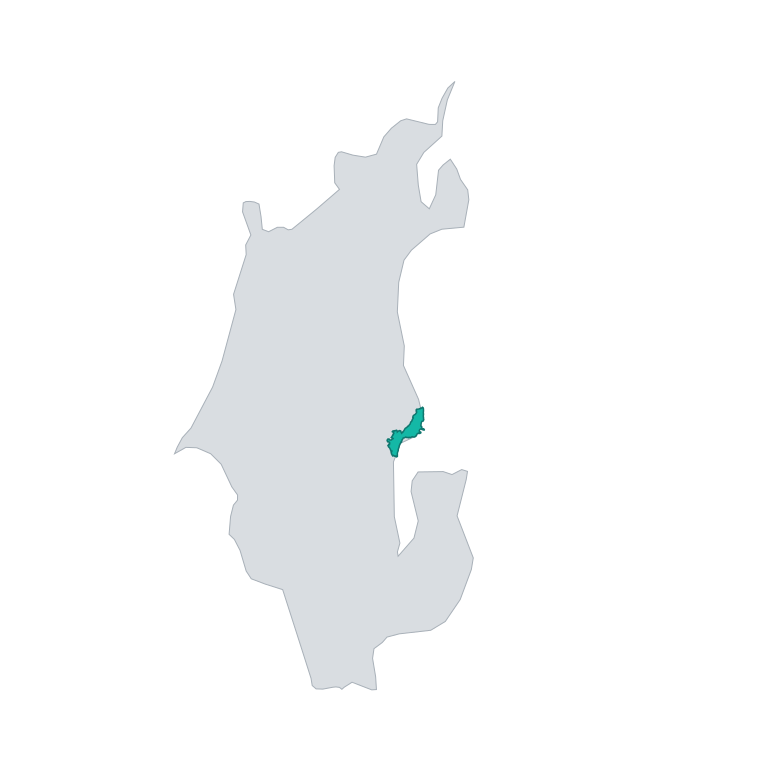 Garabito, Puntarenas, Costa Rica (highlighted), rotated 230°
{"feature_id": "36466004B76673798564195", "entity_name": "Garabito", "entity_type": "district", "adm_level": 2, "iso_a3": "CRI", "parent_name": "Costa Rica", "parent_adm1": "Puntarenas", "projection": "natural_earth1", "projection_center": [-84.613, 9.708], "detail": "fine", "context": "in_parent", "style": "filled", "palette": "teal", "viewbox_px": 768, "rotation_deg": 230, "n_neighbors": 0, "source": "geoboundaries", "source_scale": "gbopen_adm2", "svg_char_len": 6893}
<svg xmlns="http://www.w3.org/2000/svg" viewBox="0 0 768 768"><g transform="rotate(230 384 384)"><path d="M613.2,392.6L612.5,395.5L610.1,398.6L606.7,401.7L602.2,403.9L591.3,397.4L580.7,390.2L574.8,393.5L572.6,403.0L568.6,407.8L563.7,409.7L561.7,412.9L561.3,444.9L561.7,475.0L569.8,475.6L583.3,486.1L589.0,492.3L590.8,497.9L589.2,500.7L579.3,507.3L569.7,515.6L564.9,526.0L573.4,542.7L575.2,554.1L574.9,566.0L572.6,571.7L553.9,585.4L549.8,590.2L550.4,593.6L560.7,603.1L565.6,612.2L569.7,623.2L570.2,632.8L560.9,615.1L547.9,598.2L536.7,587.7L535.8,563.4L531.3,550.2L514.3,538.1L499.8,529.6L489.1,531.3L495.7,545.3L512.7,563.2L513.8,570.1L513.6,579.3L501.9,577.9L491.5,574.1L478.9,572.9L470.6,567.4L452.8,546.0L465.4,527.8L469.3,515.8L468.9,491.0L466.0,478.9L452.4,460.6L430.6,440.5L400.1,424.0L385.7,410.8L350.0,400.6L336.5,393.9L325.9,381.4L324.3,372.4L328.0,358.6L318.2,341.1L275.7,306.6L251.9,293.9L246.8,286.4L243.0,284.1L246.7,307.9L257.1,322.2L284.2,335.6L291.7,343.4L294.7,353.6L278.9,373.0L270.9,377.9L268.5,388.5L263.4,391.8L258.0,385.6L236.0,355.2L193.4,340.6L185.7,331.6L169.9,303.8L162.7,278.4L165.3,261.5L182.8,235.1L188.2,223.6L187.1,216.6L187.7,206.2L181.2,198.9L165.1,189.4L154.8,181.8L157.6,178.0L176.1,167.8L177.3,158.6L177.2,155.5L180.2,154.9L182.9,152.4L184.6,149.9L189.6,141.0L194.1,136.0L199.2,135.2L205.4,138.9L228.7,148.5L254.6,159.1L291.6,174.2L306.9,164.5L320.1,157.1L329.3,158.2L349.1,166.8L361.1,169.5L368.4,168.7L381.1,181.3L388.0,190.8L389.2,197.1L393.1,200.5L403.0,201.3L427.2,207.7L442.0,206.4L455.5,199.6L462.8,191.5L465.2,178.7L468.5,185.0L472.5,195.0L474.3,207.8L491.8,250.7L505.7,274.7L536.2,318.4L549.4,326.4L571.7,361.6L579.4,367.4L583.7,377.8L606.8,386.3L613.2,392.6Z" fill="#d9dde1" stroke="#a8b0b8" stroke-width="1"/><path d="M339.0,350.3L338.8,350.1L338.5,350.0L338.3,349.9L337.9,349.8L337.7,349.8L337.6,349.7L337.4,349.7L337.4,349.9L337.3,350.0L337.1,350.1L336.7,350.4L336.2,350.4L336.1,350.5L335.8,350.7L335.4,350.6L335.1,350.1L334.7,350.0L334.7,349.9L334.6,349.7L334.5,349.4L334.4,349.3L334.1,349.3L334.0,349.2L334.2,348.8L334.5,348.8L334.7,348.7L334.5,348.2L334.4,347.7L334.2,347.8L334.0,347.5L333.7,347.5L333.6,347.3L333.5,347.2L333.2,347.2L332.9,347.1L332.7,347.2L332.2,347.1L331.9,347.2L331.7,347.2L330.6,347.1L330.4,347.0L330.2,346.9L329.8,346.8L329.6,346.8L329.5,346.7L329.4,346.6L329.1,346.5L328.9,346.5L328.7,346.6L328.4,346.5L328.0,346.6L327.8,346.7L327.6,346.3L327.4,346.6L327.3,346.3L327.5,345.8L326.9,345.6L326.7,345.4L326.3,345.4L326.2,345.2L325.9,344.9L325.7,345.0L325.4,344.8L324.7,344.7L324.3,344.5L323.7,344.6L323.4,344.5L323.3,344.8L323.3,345.2L323.3,345.3L323.2,345.3L323.0,345.2L322.9,345.0L322.5,345.7L322.4,345.7L322.2,345.7L321.9,345.8L321.7,345.8L321.5,346.0L321.4,346.4L321.3,346.7L320.9,346.6L320.7,346.9L320.3,346.7L320.3,347.1L320.6,347.2L320.5,347.4L320.5,347.5L320.4,347.5L320.1,347.3L319.9,347.5L320.0,347.8L320.2,348.0L321.2,348.7L321.4,349.0L321.9,349.3L322.6,350.0L323.2,350.9L323.4,351.4L323.7,351.7L323.9,352.1L324.2,352.5L324.6,352.7L325.2,353.6L325.8,354.6L325.9,354.8L326.2,355.2L327.0,356.2L327.1,356.4L328.0,358.3L328.2,359.0L328.5,359.4L328.3,359.5L328.2,359.6L328.3,359.9L328.4,360.1L328.6,360.6L328.8,360.7L329.1,361.3L329.3,361.6L329.6,361.8L329.5,362.0L329.7,362.5L329.8,362.9L329.9,363.2L330.3,364.1L330.1,364.4L329.9,364.6L329.7,364.9L329.6,365.5L329.5,365.8L329.5,366.1L329.5,366.4L329.2,366.7L328.7,366.8L328.4,367.0L328.2,367.4L328.0,367.5L327.9,367.6L327.6,368.1L327.4,368.0L327.2,368.0L326.9,368.5L326.7,369.3L326.2,369.4L325.9,370.1L325.8,370.6L325.7,370.8L325.7,371.2L325.5,371.7L325.4,371.9L325.2,372.0L324.9,372.0L324.7,372.1L324.1,373.1L323.7,373.3L323.6,373.5L323.6,373.8L323.7,374.1L323.7,374.3L323.5,374.9L323.8,375.1L323.8,375.3L323.7,375.5L323.7,375.8L323.8,376.0L324.0,376.1L324.2,376.7L324.4,376.9L324.4,377.3L324.4,378.0L324.1,378.3L324.0,378.5L324.2,378.8L323.9,379.0L323.9,379.4L323.4,379.4L323.3,379.5L323.2,379.5L323.0,379.9L323.0,380.4L322.9,380.6L322.9,380.8L323.3,381.2L323.7,381.2L323.8,381.1L324.1,380.9L324.3,380.8L324.7,380.7L325.4,380.8L325.8,381.4L325.9,381.6L326.1,382.1L326.1,382.4L326.1,382.9L325.9,383.2L325.5,383.4L324.7,383.9L324.2,384.1L323.8,384.5L323.4,384.7L323.0,385.0L322.9,385.1L322.9,385.3L323.2,385.6L323.5,385.6L324.1,385.6L325.8,384.5L326.0,384.5L326.8,385.3L327.2,385.5L327.5,385.5L328.0,385.2L328.5,385.5L328.9,386.1L329.5,386.6L329.8,387.0L330.5,387.9L331.0,388.9L331.0,389.3L330.6,389.8L330.5,390.0L330.5,390.5L330.7,390.8L330.9,391.1L331.1,391.3L331.2,391.5L331.5,391.6L331.5,391.8L331.8,391.9L332.6,392.4L332.7,392.6L333.1,392.8L333.4,393.0L333.9,393.3L334.4,393.7L335.2,394.6L335.3,394.6L335.5,394.9L335.9,395.2L336.3,395.3L336.6,395.6L337.0,395.9L337.3,396.2L337.5,396.5L338.0,396.9L338.6,397.5L339.2,397.9L339.7,398.3L339.9,398.4L340.6,398.7L340.9,398.7L341.1,398.6L341.5,398.5L341.5,398.2L341.2,397.9L341.3,397.3L341.5,397.0L341.8,396.9L341.9,396.7L341.5,396.5L341.5,396.3L342.3,395.4L342.3,395.2L342.3,394.8L342.6,394.3L343.0,393.9L343.2,393.2L343.6,392.8L343.5,392.7L343.4,392.6L343.6,392.3L343.6,392.2L343.2,391.8L343.0,391.6L342.9,391.6L342.9,391.8L342.3,391.1L341.9,391.2L341.6,391.1L341.4,390.9L341.1,390.2L340.8,389.3L340.7,388.6L340.7,388.1L340.9,387.2L340.9,386.9L340.9,386.3L340.8,385.8L340.3,385.1L340.1,384.7L339.9,384.6L339.6,384.8L339.2,384.7L339.0,384.4L339.0,384.0L338.8,383.7L338.7,383.1L338.4,382.6L338.3,382.3L338.1,382.2L337.9,381.7L337.8,381.3L337.6,381.1L337.6,380.5L337.7,380.0L336.6,378.4L336.4,376.9L336.3,376.6L336.2,376.3L336.1,375.9L336.0,375.7L336.3,375.3L336.3,375.1L336.4,374.9L336.2,374.5L336.2,374.0L336.1,373.9L336.2,372.6L336.2,372.4L336.4,372.1L336.3,371.6L336.2,371.1L336.0,370.7L335.8,370.2L335.6,369.7L335.5,369.4L335.3,368.5L335.3,367.7L335.1,367.5L334.9,367.4L334.9,367.2L334.9,366.9L335.1,366.4L335.1,366.2L335.0,365.9L335.6,366.0L336.0,366.2L336.3,366.3L336.6,366.2L336.8,366.2L337.0,366.3L337.1,366.5L337.3,366.4L337.5,366.5L337.9,366.3L338.2,366.1L338.2,365.8L338.5,365.6L338.5,365.2L338.7,364.7L338.7,363.9L338.7,363.5L338.8,363.6L339.5,363.7L339.8,363.8L340.1,364.0L340.5,363.9L340.8,363.5L340.8,363.0L340.9,362.6L341.1,362.4L341.3,361.9L341.6,361.9L341.9,361.3L342.0,361.1L342.2,360.8L342.3,360.6L342.3,360.4L342.1,360.1L342.1,359.9L341.8,360.0L341.7,359.8L341.3,360.1L340.9,360.4L340.7,360.1L340.4,359.9L340.2,359.9L340.0,359.7L339.7,359.6L339.7,359.4L339.7,359.2L339.7,358.9L339.7,358.7L339.2,358.5L339.1,358.1L339.3,358.0L339.3,357.9L339.0,357.4L338.9,357.1L338.8,356.5L338.5,356.3L338.4,356.1L338.4,355.4L338.0,355.6L337.8,355.6L337.7,355.4L337.4,355.5L337.2,355.5L336.7,355.9L336.3,355.9L336.3,355.5L336.6,355.2L336.6,354.8L336.4,354.1L336.5,353.3L337.1,352.7L337.5,352.6L337.9,352.2L338.0,352.2L338.1,352.4L338.2,352.6L338.6,352.5L338.8,352.2L339.1,351.9L339.3,351.8L339.3,351.7L339.3,351.3L339.2,351.0L339.0,350.7L339.0,350.3Z" fill="#14b8a6" stroke="#0f766e" stroke-width="1.5"/></g></svg>